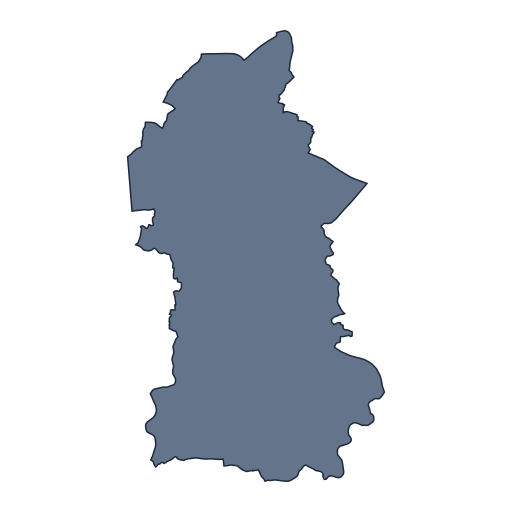 the district of Phrom Buri, Sing Buri, Thailand
{"feature_id": "78962969B89393291205833", "entity_name": "Phrom Buri", "entity_type": "district", "adm_level": 2, "iso_a3": "THA", "parent_name": "Thailand", "parent_adm1": "Sing Buri", "projection": "mercator", "projection_center": [100.446, 14.789], "detail": "fine", "context": "isolated", "style": "filled", "palette": "slate", "viewbox_px": 512, "rotation_deg": 0, "n_neighbors": 0, "source": "geoboundaries", "source_scale": "gbopen_adm2", "svg_char_len": 6078}
<svg xmlns="http://www.w3.org/2000/svg" viewBox="0 0 512 512"><path d="M288.2,481.3L291.4,480.0L295.3,477.6L297.5,475.8L298.6,472.4L299.2,471.2L301.5,469.1L303.1,466.8L304.5,465.5L305.3,465.2L306.7,465.5L309.2,467.0L313.2,468.8L315.4,470.4L320.0,471.4L321.6,472.0L322.2,472.6L323.2,474.5L323.4,475.2L322.9,475.6L323.1,477.0L323.8,478.6L324.4,479.4L326.3,479.1L328.4,476.6L329.9,475.9L332.1,475.9L336.1,477.3L338.3,477.6L339.7,477.5L341.5,476.5L343.3,474.2L343.7,472.8L343.7,471.3L342.3,462.0L341.8,460.2L337.8,455.1L337.5,454.0L337.4,450.5L338.1,448.2L339.2,447.0L340.3,446.1L347.6,443.9L349.5,442.8L350.8,441.4L351.2,440.3L351.2,439.0L350.2,436.9L348.7,434.9L348.1,431.7L348.6,428.6L349.7,425.7L350.6,424.6L353.5,422.9L354.8,422.7L357.2,423.2L362.1,425.3L366.9,425.4L369.0,424.8L372.9,421.8L373.5,420.8L373.8,419.9L373.8,418.1L373.6,416.4L373.0,415.2L372.3,414.3L370.5,413.5L369.7,409.5L368.4,405.3L368.3,404.2L368.6,403.4L370.4,401.3L372.9,400.0L374.4,398.8L375.6,398.6L378.7,398.8L379.9,398.3L382.2,395.6L384.4,392.1L382.3,385.9L381.3,380.0L380.1,375.8L376.5,368.9L372.2,364.2L369.4,362.3L365.4,360.0L360.4,358.3L353.9,356.8L349.6,355.4L344.9,353.4L340.6,351.4L334.5,347.3L335.1,345.4L336.5,343.0L339.1,342.4L340.2,341.8L340.4,337.1L340.6,336.7L343.6,336.5L348.7,335.4L349.6,335.6L350.2,336.3L351.6,336.3L352.0,336.0L352.2,334.5L352.1,331.8L347.8,330.0L344.6,329.6L343.6,329.0L343.1,327.8L343.1,325.4L342.7,325.1L341.1,324.9L340.6,323.1L340.3,322.8L338.0,322.7L333.9,324.5L331.7,322.4L331.8,321.2L331.3,319.8L333.7,317.2L337.9,315.8L339.2,314.8L343.5,314.2L344.7,313.6L342.8,311.9L341.5,310.1L338.0,303.7L337.4,301.5L337.7,298.3L338.7,295.6L338.8,294.4L338.0,290.0L338.0,288.3L338.2,286.4L339.2,284.1L339.1,283.4L336.3,279.8L334.3,278.5L331.2,275.7L331.0,275.1L331.1,274.1L331.8,272.9L332.8,271.9L332.9,270.0L330.3,267.7L329.9,265.5L326.3,264.1L325.7,262.1L325.0,260.9L325.6,258.5L327.2,256.2L329.9,256.0L332.7,254.8L333.3,254.1L333.4,252.9L332.2,251.7L329.8,246.9L330.3,245.3L332.8,242.0L333.0,241.4L331.2,240.3L329.0,238.3L326.9,237.5L325.0,235.5L324.1,233.8L324.2,231.3L323.7,229.6L323.0,228.6L321.0,226.8L321.4,226.2L321.5,225.5L322.5,224.9L323.8,223.5L325.6,223.3L327.6,223.6L331.2,222.9L336.3,218.6L343.8,209.9L351.5,201.7L367.0,183.5L354.3,178.8L349.9,176.8L339.5,170.5L333.5,166.5L324.3,159.7L308.2,153.0L310.2,149.3L308.6,146.5L308.2,144.9L309.6,143.7L310.7,142.0L310.9,137.5L311.6,137.5L312.5,134.5L313.5,133.4L314.1,132.2L312.2,131.3L313.2,129.5L311.6,128.3L312.6,126.5L309.6,124.3L306.8,123.2L306.7,122.2L306.0,121.7L298.0,120.5L298.0,116.8L297.1,116.6L296.9,114.6L287.3,111.6L285.0,111.8L283.2,112.6L283.4,111.4L283.1,109.0L284.4,104.7L283.3,104.7L282.9,103.7L280.5,103.3L278.0,102.6L279.9,98.2L279.0,97.7L279.2,94.8L280.3,94.7L283.6,90.9L285.1,87.3L286.3,83.5L287.5,83.4L293.9,77.2L292.0,74.5L291.0,72.2L289.6,71.1L289.2,69.6L289.6,67.8L290.1,62.2L292.0,54.1L292.9,51.1L292.7,45.7L291.8,42.3L291.4,37.7L289.8,34.0L288.3,32.2L286.5,31.2L284.6,30.7L281.1,31.4L276.6,32.6L276.5,35.6L275.7,36.5L267.4,41.5L258.9,47.4L251.8,53.5L247.5,57.6L243.9,60.2L242.3,58.2L239.9,56.2L237.6,54.9L233.7,53.7L227.3,53.5L201.5,54.0L200.9,57.8L198.5,61.7L191.8,66.6L189.8,68.6L188.7,70.5L185.7,72.8L184.2,74.2L183.2,75.4L182.4,77.4L179.9,78.7L178.2,79.9L176.9,79.7L169.5,89.9L167.5,92.1L167.1,94.5L163.2,102.1L166.7,103.0L170.1,104.5L171.9,105.5L175.1,108.6L173.2,110.4L171.4,111.3L169.6,112.8L168.2,113.4L167.2,116.2L167.1,117.8L166.4,120.8L165.3,121.7L164.1,123.5L163.3,126.5L162.7,127.8L162.4,128.2L159.7,126.6L156.4,123.9L154.4,122.9L150.7,122.3L145.4,122.3L145.1,126.1L144.8,127.2L143.7,128.6L142.6,132.4L143.0,135.0L142.5,137.5L142.3,139.8L142.0,140.8L141.3,141.0L141.7,146.7L136.4,149.1L132.6,152.4L131.5,154.1L127.6,156.8L132.0,211.1L144.3,209.7L149.2,210.1L153.9,209.0L153.9,209.6L155.1,211.8L154.5,213.4L154.5,216.1L153.0,217.4L152.5,218.5L152.5,221.4L153.4,224.1L153.2,225.1L151.4,225.8L149.9,224.8L148.9,224.7L147.9,227.4L147.4,227.9L146.0,228.4L145.6,228.2L145.0,227.2L142.8,225.9L141.2,226.1L140.6,226.4L140.6,227.0L141.6,228.4L140.2,236.9L138.2,242.6L136.0,244.4L135.7,244.9L137.2,245.2L140.5,246.8L142.1,248.2L143.3,249.7L145.0,250.4L148.1,250.8L149.9,250.7L151.7,250.0L153.8,248.5L154.5,248.4L155.6,248.9L158.8,252.6L160.1,253.3L161.3,253.6L164.4,252.7L166.5,253.9L170.0,254.7L170.9,259.1L173.0,262.9L172.8,267.9L174.0,268.1L173.4,275.5L173.6,278.2L174.0,278.6L175.7,278.9L177.2,278.1L177.4,278.4L177.6,281.7L181.2,282.7L181.5,284.8L181.3,288.4L179.0,291.2L178.3,291.3L176.3,290.7L174.4,291.4L173.6,292.1L175.1,298.4L175.8,303.9L175.8,304.8L174.9,304.9L175.1,309.7L174.8,309.9L173.3,310.0L171.9,309.7L170.5,310.2L170.4,312.4L169.6,314.3L171.3,315.1L171.0,316.5L169.6,317.3L169.4,317.8L169.2,322.1L169.9,322.3L169.2,325.0L169.8,325.2L169.3,326.9L169.3,328.5L173.1,330.5L176.0,331.5L177.9,336.8L176.0,339.0L173.2,345.9L173.0,347.2L173.6,350.5L173.7,353.2L172.3,357.4L172.0,359.7L173.6,366.1L172.8,370.1L172.7,373.4L173.2,374.7L174.8,377.2L175.5,378.8L175.6,380.8L175.3,382.2L174.7,383.8L173.9,384.7L170.6,385.8L167.9,386.9L166.9,387.1L162.8,387.1L154.1,389.2L152.6,390.3L150.3,393.6L153.8,401.7L155.4,404.8L156.0,406.9L156.4,410.1L156.2,412.0L154.9,415.4L153.1,417.7L147.2,422.1L146.0,423.8L145.6,425.2L145.6,426.3L146.0,429.1L146.9,431.5L147.8,432.4L153.2,435.1L154.6,436.8L155.2,438.6L155.8,444.2L155.5,446.6L152.4,456.4L150.8,459.9L153.4,461.7L153.7,463.4L154.5,465.3L155.8,466.9L156.9,465.8L158.3,464.0L158.9,464.2L159.7,464.0L161.7,462.3L162.7,462.4L163.7,463.4L164.3,463.4L164.8,462.8L165.8,462.7L166.6,461.7L171.8,459.4L171.9,458.9L172.7,458.6L174.7,456.9L175.5,456.6L176.7,457.3L177.3,458.6L179.9,459.7L183.5,460.4L184.3,460.3L184.8,459.6L186.1,459.5L187.3,459.0L195.0,457.9L196.9,457.9L201.0,458.6L206.3,459.1L210.5,458.8L219.0,459.4L223.2,459.2L224.0,466.0L227.1,465.7L230.2,465.0L232.1,465.1L238.0,466.0L238.5,466.9L242.0,469.6L245.6,471.2L246.8,471.5L252.5,470.4L252.6,470.9L258.4,469.8L261.0,475.5L262.2,477.5L263.6,478.5L265.0,481.2L268.6,480.0L269.6,480.6L275.0,479.9L284.0,481.1L288.2,481.3Z" fill="#64748b" stroke="#1e293b" stroke-width="1.5"/></svg>